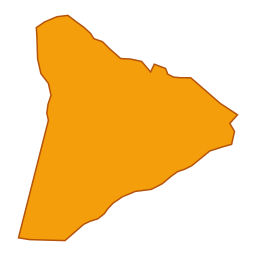 outline of Lagoa Salgada, Rio Grande do Norte, Brazil
{"feature_id": "56859067B50769407156017", "entity_name": "Lagoa Salgada", "entity_type": "district", "adm_level": 2, "iso_a3": "BRA", "parent_name": "Brazil", "parent_adm1": "Rio Grande do Norte", "projection": "mercator", "projection_center": [-35.501, -6.146], "detail": "fine", "context": "isolated", "style": "filled", "palette": "amber", "viewbox_px": 256, "rotation_deg": 0, "n_neighbors": 0, "source": "geoboundaries", "source_scale": "gbopen_adm2", "svg_char_len": 720}
<svg xmlns="http://www.w3.org/2000/svg" viewBox="0 0 256 256"><path d="M18.5,237.8L29.6,239.6L65.0,240.6L83.7,224.3L89.7,221.4L97.8,218.8L104.3,213.7L107.9,208.6L113.0,203.2L122.3,196.8L135.3,191.4L151.2,189.4L162.3,183.7L171.1,176.3L177.6,171.6L184.5,169.3L191.8,165.7L209.7,151.0L221.1,147.3L231.6,144.3L234.5,131.5L229.8,123.4L237.5,114.8L220.2,103.4L190.8,77.8L179.8,77.7L173.5,77.1L167.8,74.2L165.6,68.5L154.3,64.2L150.6,72.0L141.6,61.4L130.7,59.1L120.6,58.5L109.4,48.6L102.5,41.7L93.9,38.7L90.4,33.3L84.1,27.5L76.1,21.7L67.9,15.4L57.0,16.7L44.8,21.8L36.3,27.6L36.9,36.6L37.6,58.9L40.9,73.6L48.4,83.4L51.0,95.3L48.0,104.4L46.8,113.2L48.4,120.3L18.5,237.8Z" fill="#f59e0b" stroke="#b45309" stroke-width="1.5"/></svg>